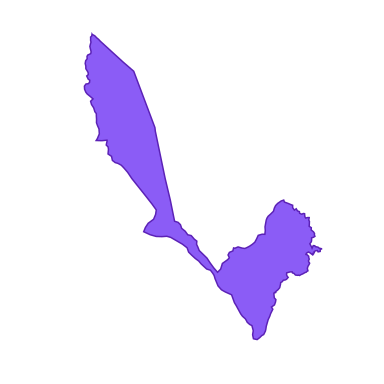 outline of Drouseia, Paphos, Cyprus, rotated 16°
{"feature_id": "46923920B78950527939892", "entity_name": "Drouseia", "entity_type": "district", "adm_level": 2, "iso_a3": "CYP", "parent_name": "Cyprus", "parent_adm1": "Paphos", "projection": "natural_earth1", "projection_center": [32.368, 35.007], "detail": "fine", "context": "isolated", "style": "filled", "palette": "violet", "viewbox_px": 384, "rotation_deg": 16, "n_neighbors": 0, "source": "geoboundaries", "source_scale": "gbopen_adm2", "svg_char_len": 3611}
<svg xmlns="http://www.w3.org/2000/svg" viewBox="0 0 384 384"><g transform="rotate(16 192 192)"><path d="M282.4,174.5L280.1,176.1L278.7,177.9L277.5,179.3L276.1,182.0L275.6,184.7L275.6,188.1L273.5,191.8L271.9,194.3L271.3,196.3L271.1,198.4L271.5,202.6L271.8,205.4L273.1,209.0L273.7,212.6L271.1,213.2L267.6,215.4L267.0,219.4L266.2,223.0L264.3,225.8L262.2,228.3L260.2,230.2L258.4,231.7L255.7,232.1L251.4,232.1L248.8,234.2L247.4,234.3L247.5,237.4L244.6,239.7L244.0,242.6L246.0,244.9L245.0,247.1L242.9,249.8L240.9,252.3L240.8,258.2L238.7,262.1L233.9,259.0L229.0,255.2L224.6,251.4L215.1,246.3L212.8,243.3L210.8,241.0L210.2,237.9L207.2,236.7L204.8,235.1L203.2,234.1L199.7,234.3L196.3,231.6L192.1,229.8L189.9,226.6L187.0,225.0L183.3,224.9L173.4,205.8L162.4,186.3L140.0,143.7L138.6,140.3L102.7,92.0L90.2,86.2L62.4,72.4L60.1,71.0L58.0,70.1L55.4,68.6L52.5,68.0L52.4,67.9L52.6,69.7L51.8,71.1L52.1,71.8L52.7,74.1L53.6,75.8L53.6,78.1L53.7,80.2L54.7,82.1L55.7,83.8L56.4,85.2L56.5,86.9L55.2,88.1L54.0,89.1L53.7,90.6L54.5,92.8L53.6,95.1L53.9,97.9L55.2,100.2L56.0,102.8L57.6,104.2L59.3,105.9L59.9,107.8L58.8,109.5L61.2,112.2L62.9,112.7L63.3,114.9L62.4,116.5L60.3,117.4L59.4,119.9L60.4,122.8L62.3,125.2L64.1,126.6L67.6,128.1L71.2,129.8L69.5,132.7L71.3,135.6L74.3,138.2L76.5,141.6L78.4,143.0L79.2,145.6L80.2,148.4L81.1,151.8L83.0,154.4L85.2,157.0L86.1,159.5L86.9,161.7L86.3,166.8L85.7,168.9L90.9,167.6L92.0,167.2L96.0,165.6L96.3,166.2L96.6,170.5L98.9,171.8L99.9,173.9L100.8,178.6L104.8,179.9L106.8,183.6L108.9,184.4L110.0,184.9L112.9,184.9L116.5,185.7L119.5,187.4L124.7,190.8L130.5,195.7L147.2,207.6L156.9,214.6L162.6,219.1L163.2,223.6L162.6,228.8L158.5,234.1L157.0,238.9L156.5,243.5L163.6,244.6L169.8,244.6L175.4,243.2L180.0,241.5L184.1,241.5L197.2,244.8L202.7,247.0L205.3,250.7L209.1,252.8L213.5,255.0L217.5,256.5L220.6,258.6L227.3,262.0L231.3,262.1L234.5,264.5L236.3,266.2L238.0,268.9L242.9,275.1L247.3,277.9L251.5,278.9L258.4,279.9L263.3,286.7L265.8,289.0L272.4,295.7L274.7,297.5L278.2,299.2L279.6,300.5L281.0,302.0L283.9,303.4L286.4,303.9L289.1,308.4L289.6,312.5L291.5,316.1L292.4,316.1L295.3,315.9L297.3,313.2L298.6,310.9L299.2,310.2L300.2,309.3L300.9,305.5L300.8,303.5L300.4,300.6L300.4,297.2L300.4,293.8L301.0,289.9L301.1,287.4L302.0,282.4L300.1,280.7L302.4,277.8L302.6,274.7L302.3,272.3L300.3,271.1L299.3,268.7L298.6,266.7L299.4,266.1L299.1,266.1L300.2,264.3L301.7,262.1L302.7,259.8L302.6,258.1L302.5,256.2L302.2,254.6L303.5,253.3L304.1,251.6L305.6,251.0L306.9,249.9L308.0,247.6L306.7,246.7L305.7,245.5L305.3,243.6L308.3,241.8L310.3,241.2L310.9,242.1L312.4,242.1L314.3,243.3L316.5,243.0L317.1,242.6L318.4,242.6L319.6,241.3L320.9,240.3L321.9,239.3L322.7,238.4L323.9,237.6L324.4,236.6L325.2,235.8L324.0,233.9L323.9,232.5L324.0,231.2L324.5,229.5L324.7,228.0L323.6,227.1L322.9,226.1L323.1,225.3L323.2,224.2L322.1,222.5L321.9,221.6L320.5,220.9L319.7,220.5L318.8,220.6L318.8,219.5L319.6,218.4L320.5,217.6L321.7,217.8L325.4,219.2L325.9,217.9L325.3,217.5L326.3,216.5L325.9,215.7L326.9,214.5L328.6,213.7L329.7,214.8L331.6,213.8L331.4,213.0L331.2,211.7L332.2,211.1L332.1,210.8L329.7,210.9L328.4,210.3L325.7,210.5L324.8,209.8L323.3,210.1L322.9,212.9L322.1,211.9L319.5,209.3L320.4,207.0L320.3,205.6L319.6,203.1L321.3,202.0L322.4,200.7L321.5,199.6L321.2,198.1L319.9,196.9L318.6,196.3L317.0,195.6L316.5,193.4L314.1,192.7L313.6,190.4L313.0,187.9L312.0,186.8L311.7,184.3L310.4,184.6L308.4,185.7L307.3,184.6L306.2,181.8L304.9,182.0L303.6,183.1L301.3,182.8L300.6,181.2L298.6,181.1L296.8,179.4L295.4,181.2L293.1,179.3L292.4,177.0L290.0,176.8L287.9,176.5L283.6,176.2L282.4,174.5Z" fill="#8b5cf6" stroke="#5b21b6" stroke-width="1.5"/></g></svg>